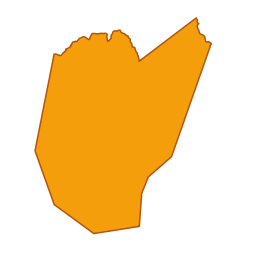 the district of Daulo District, Eastern Highlands, Papua New Guinea, rotated 351°
{"feature_id": "67681753B69835988220980", "entity_name": "Daulo District", "entity_type": "district", "adm_level": 2, "iso_a3": "PNG", "parent_name": "Papua New Guinea", "parent_adm1": "Eastern Highlands", "projection": "albers", "projection_center": [145.254, -5.99], "detail": "fine", "context": "isolated", "style": "filled", "palette": "amber", "viewbox_px": 256, "rotation_deg": 351, "n_neighbors": 0, "source": "geoboundaries", "source_scale": "gbopen_adm2", "svg_char_len": 1981}
<svg xmlns="http://www.w3.org/2000/svg" viewBox="0 0 256 256"><g transform="rotate(351 128 128)"><path d="M123.8,226.9L131.3,194.7L140.4,179.5L166.5,163.1L212.0,78.7L222.0,60.2L222.0,59.2L223.4,58.3L223.4,57.5L221.8,55.8L221.0,55.4L218.8,55.4L218.2,54.6L218.0,49.4L216.5,47.9L213.8,46.2L213.2,44.0L213.2,42.4L212.2,39.8L212.2,38.2L212.7,37.2L214.1,36.0L213.1,35.0L212.9,33.4L213.5,32.0L212.5,30.0L149.5,63.8L149.6,61.7L149.5,60.4L149.4,59.3L149.1,57.8L148.8,57.0L148.8,55.3L148.4,54.6L147.8,53.7L147.5,51.9L147.4,51.1L147.3,49.8L146.6,49.1L145.3,48.7L144.7,48.4L144.8,47.9L144.9,46.0L144.8,44.9L144.0,43.9L143.7,43.2L144.0,42.4L144.0,41.0L143.8,40.3L143.2,39.5L142.6,38.7L142.4,37.3L142.3,36.9L141.8,36.7L141.1,36.5L139.9,35.1L139.2,34.3L138.4,33.9L136.3,32.7L136.0,31.9L135.8,30.5L135.2,30.1L133.7,30.0L132.7,30.6L132.0,30.5L130.6,30.1L129.4,30.0L128.4,30.5L128.0,31.2L127.3,32.4L127.0,32.8L126.4,33.4L125.9,33.7L125.7,34.5L125.7,35.0L125.4,35.5L125.4,36.7L124.7,37.3L124.0,37.8L123.4,38.2L122.5,39.0L121.7,39.1L121.6,38.8L121.3,38.1L121.3,37.5L121.3,36.8L121.4,36.4L121.3,35.5L121.5,34.3L122.0,32.9L122.2,32.5L121.8,31.8L121.2,31.4L120.9,31.0L120.5,30.9L119.5,30.8L118.3,30.7L117.3,30.6L116.0,30.2L115.0,30.3L114.0,30.2L112.4,30.2L111.2,30.0L110.8,29.7L109.8,29.4L108.7,29.3L108.0,29.1L107.2,29.2L106.5,30.1L106.0,30.8L105.2,31.9L104.4,33.2L104.3,33.9L103.2,34.5L102.6,34.1L101.6,33.3L101.2,32.7L100.2,31.8L99.4,31.3L98.5,30.8L97.7,30.9L96.8,31.2L95.8,31.6L94.1,31.8L92.5,33.4L91.7,33.8L91.3,34.4L90.8,34.6L90.2,34.5L89.5,34.1L88.8,34.4L88.0,34.5L87.1,34.4L86.2,35.1L85.7,36.2L84.9,36.7L84.6,37.2L84.8,37.8L84.5,38.2L83.8,38.2L83.3,39.0L82.5,39.3L80.7,40.1L79.8,40.2L78.9,40.4L78.8,41.4L78.8,41.9L78.3,42.2L77.3,42.5L77.0,43.1L76.0,43.4L75.4,43.9L74.7,44.7L73.8,45.4L73.2,45.8L72.2,45.9L71.5,45.3L70.1,44.9L69.5,44.2L68.3,43.7L66.6,43.5L45.4,101.1L44.6,103.3L32.6,136.0L43.2,192.2L50.9,199.9L77.7,226.9L123.8,226.9Z" fill="#f59e0b" stroke="#b45309" stroke-width="1.5"/></g></svg>